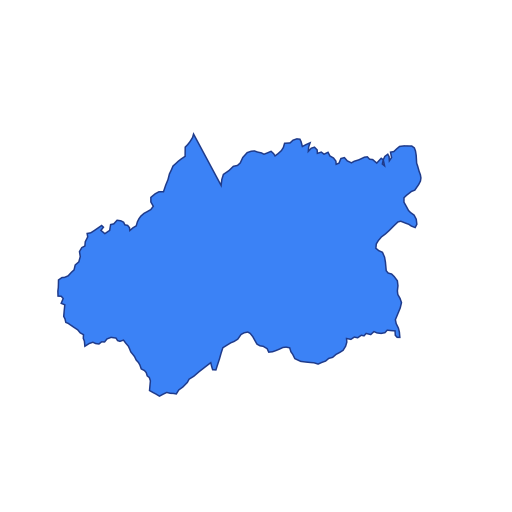 outline of Sapopema, Paraná, Brazil, rotated 207°
{"feature_id": "56859067B84915220183665", "entity_name": "Sapopema", "entity_type": "district", "adm_level": 2, "iso_a3": "BRA", "parent_name": "Brazil", "parent_adm1": "Paraná", "projection": "equal_earth", "projection_center": [-50.609, -23.883], "detail": "fine", "context": "isolated", "style": "filled", "palette": "blue", "viewbox_px": 512, "rotation_deg": 207, "n_neighbors": 0, "source": "geoboundaries", "source_scale": "gbopen_adm2", "svg_char_len": 3933}
<svg xmlns="http://www.w3.org/2000/svg" viewBox="0 0 512 512"><g transform="rotate(207 256 256)"><path d="M300.9,102.3L298.5,99.8L295.9,99.3L293.4,96.8L289.8,87.8L285.6,87.6L282.9,87.6L278.4,87.3L275.9,90.9L273.6,93.9L269.9,94.8L267.1,96.1L264.4,96.9L264.0,101.6L261.7,106.1L259.8,112.2L259.7,115.9L256.8,120.7L254.2,127.1L252.3,131.1L251.0,133.9L247.9,140.4L245.5,137.6L243.0,135.0L240.0,136.3L240.8,141.0L241.8,147.5L243.0,153.6L243.9,159.2L241.2,163.7L239.0,167.3L236.8,169.8L234.5,173.6L233.7,179.3L231.7,182.2L228.8,184.5L226.0,184.4L222.3,182.7L218.9,180.4L215.1,177.9L211.7,177.8L208.6,178.8L204.0,178.5L201.0,176.1L197.8,178.2L195.5,180.6L192.9,183.6L190.5,186.7L187.8,188.5L184.3,189.5L181.4,186.5L178.7,185.1L174.8,182.2L168.3,182.4L162.8,184.4L159.2,185.8L155.8,187.2L151.6,187.9L149.1,191.0L146.3,194.0L144.7,197.8L141.7,200.5L140.0,204.7L137.6,208.1L135.6,211.5L135.2,216.3L136.0,220.5L137.9,223.6L133.6,224.8L131.6,228.4L128.3,229.3L126.2,233.2L123.5,233.9L122.7,237.0L118.1,238.1L116.6,242.2L113.3,242.4L109.4,243.8L106.3,246.2L105.4,249.5L101.7,250.9L98.1,252.4L95.9,248.6L93.3,247.6L90.9,248.8L93.7,253.3L96.4,256.4L100.4,259.4L102.9,262.5L103.9,275.1L105.2,280.5L108.4,283.6L112.2,286.1L114.2,289.1L116.0,293.9L118.8,298.1L123.5,300.4L127.0,301.5L130.5,300.8L133.3,302.0L137.9,309.3L140.9,313.3L145.0,316.7L149.1,316.5L152.7,317.3L154.3,321.4L154.0,325.4L152.9,330.0L150.7,334.4L149.0,338.9L146.7,346.0L145.0,350.8L142.8,352.7L137.5,353.2L134.2,353.6L131.3,353.2L127.1,353.6L127.1,357.3L129.9,361.5L133.7,364.2L138.1,364.9L140.8,365.8L144.7,368.5L148.6,371.1L150.6,375.1L149.5,378.3L146.8,384.1L144.4,386.8L143.5,393.6L143.5,397.4L144.5,400.4L146.4,403.0L149.1,405.5L152.9,409.6L155.0,411.6L158.9,418.3L161.6,422.0L164.0,424.2L167.1,424.7L174.1,421.3L177.8,418.8L179.3,415.3L180.6,411.6L183.3,409.6L179.9,405.3L180.4,401.4L182.5,404.9L184.8,406.5L186.4,403.2L186.3,399.5L188.8,399.9L190.6,393.6L195.8,394.9L198.7,393.8L201.8,394.9L204.2,393.3L208.0,388.4L211.5,385.0L213.3,382.3L217.9,382.2L221.9,383.8L224.6,381.4L224.2,376.4L226.2,374.1L227.9,376.8L231.4,378.5L235.6,378.7L238.9,381.1L241.6,377.6L245.0,378.2L247.9,375.3L249.7,378.3L253.3,379.5L255.7,377.1L256.9,373.0L258.6,377.1L259.2,381.4L261.9,378.1L264.4,374.6L267.7,378.3L269.9,380.0L272.8,378.9L275.6,376.0L277.0,372.2L281.7,369.4L280.9,365.2L281.2,361.5L282.9,357.0L284.5,353.8L286.8,355.2L290.1,356.1L292.5,353.2L295.1,350.3L298.1,350.3L301.8,349.3L305.1,348.9L307.9,347.1L310.8,344.1L312.5,337.8L312.3,331.7L313.6,328.3L316.9,325.6L318.8,320.0L322.1,313.9L321.2,308.7L319.1,303.0L367.0,336.3L366.3,332.9L366.7,327.9L367.5,324.0L368.5,320.9L366.1,316.0L364.4,312.6L366.7,308.5L368.3,305.1L369.4,302.0L370.8,298.5L370.5,294.5L370.4,289.9L369.1,284.1L368.6,278.0L367.6,271.3L371.7,269.1L374.1,265.6L376.3,260.5L374.2,256.4L370.1,253.7L370.8,249.6L373.3,245.8L375.1,243.2L376.7,239.3L377.2,236.1L377.2,232.7L376.4,228.5L378.4,225.3L380.0,221.4L381.6,223.8L384.3,225.0L387.0,224.2L389.3,226.0L392.4,226.0L396.0,224.8L397.3,220.1L399.8,218.0L398.0,212.4L400.8,207.3L405.8,208.4L405.0,212.4L407.4,213.1L409.4,209.4L411.9,204.8L413.8,201.6L416.7,199.4L414.6,196.6L414.6,191.2L413.0,187.2L415.0,184.4L415.3,179.8L412.3,175.7L411.2,170.3L413.0,165.9L411.8,161.0L413.0,157.9L414.4,153.0L416.9,150.0L419.1,148.7L421.1,145.0L419.2,141.1L417.8,138.1L416.6,134.8L414.2,130.4L411.3,131.7L408.5,130.6L408.1,125.4L404.2,125.7L401.9,119.8L399.9,114.9L397.6,113.2L395.3,110.5L392.8,110.7L386.0,109.8L381.4,109.3L377.7,107.7L374.0,107.6L372.5,104.2L370.3,102.3L367.5,97.9L364.9,102.3L362.2,105.1L359.1,105.2L356.0,106.3L354.6,109.4L351.9,110.7L351.1,114.5L348.2,117.7L343.5,119.3L340.9,117.8L338.5,118.2L335.9,120.9L332.7,119.3L328.8,117.7L326.5,115.9L324.0,113.7L321.0,112.4L318.5,111.2L315.5,108.9L312.3,107.7L309.9,106.1L307.0,103.3L303.4,103.3L300.9,102.3ZM186.3,399.5L182.4,394.7L185.2,395.3L186.3,399.5Z" fill="#3b82f6" stroke="#1e3a8a" stroke-width="1.5"/></g></svg>